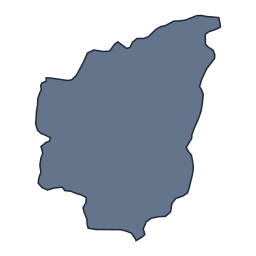 map outline of Nantou (Mercator projection)
{"feature_id": "TWN-1173", "entity_name": "Nantou", "entity_type": "County", "adm_level": 1, "iso_a3": "TWN", "parent_name": "Taiwan", "parent_adm1": "", "projection": "mercator", "projection_center": [120.982, 23.84], "detail": "fine", "context": "isolated", "style": "filled", "palette": "slate", "viewbox_px": 256, "rotation_deg": 0, "n_neighbors": 0, "source": "natural_earth", "source_scale": "10m", "svg_char_len": 1415}
<svg xmlns="http://www.w3.org/2000/svg" viewBox="0 0 256 256"><path d="M201.2,15.4L205.8,16.4L218.8,17.6L220.1,23.7L220.3,27.2L215.3,29.6L208.8,31.7L205.2,34.5L205.5,44.2L208.3,47.1L213.3,50.4L214.8,54.9L214.5,58.6L206.7,68.7L201.8,79.1L199.5,86.5L201.5,89.7L203.2,94.1L202.6,101.4L201.1,111.1L198.1,119.6L194.4,127.8L191.9,134.7L191.7,138.3L186.2,147.4L188.3,151.3L191.4,155.2L192.5,160.5L193.4,167.5L192.2,175.6L189.1,187.9L187.6,192.8L183.2,195.9L175.8,198.5L171.9,203.5L170.6,211.8L165.5,216.4L158.3,216.7L151.1,218.3L146.1,222.0L144.6,225.9L143.2,228.5L144.8,234.5L141.8,237.3L136.0,240.6L135.3,238.7L131.3,233.1L125.6,230.9L121.4,229.9L120.5,229.7L95.6,229.5L88.2,228.2L87.2,224.4L86.8,218.8L84.2,212.4L83.0,207.8L85.9,202.8L86.3,197.6L81.3,194.9L77.3,193.8L70.7,191.2L64.8,190.6L62.3,187.2L54.2,188.0L47.6,190.0L42.0,187.6L38.1,183.0L39.0,177.4L40.9,172.4L39.9,165.0L40.9,158.0L42.8,153.4L41.0,146.4L43.3,144.8L45.7,142.6L49.5,141.1L50.4,137.7L45.0,135.0L41.2,133.6L37.6,130.4L35.7,124.2L36.5,111.2L37.6,104.8L37.7,99.3L39.3,94.0L41.3,89.6L40.7,85.7L41.9,82.8L46.1,81.4L46.1,77.9L50.2,78.0L67.6,80.5L71.7,79.8L76.5,75.2L83.9,61.2L87.5,53.0L93.7,50.0L103.5,51.5L109.4,51.2L115.0,43.8L117.9,41.9L126.6,48.4L130.0,47.5L132.5,42.2L137.1,38.4L143.5,38.5L148.4,36.7L156.0,29.3L161.0,26.5L165.2,25.7L173.8,21.1L179.8,20.9L185.9,19.9L196.7,15.7L201.2,15.4Z" fill="#64748b" stroke="#1e293b" stroke-width="1.5"/></svg>